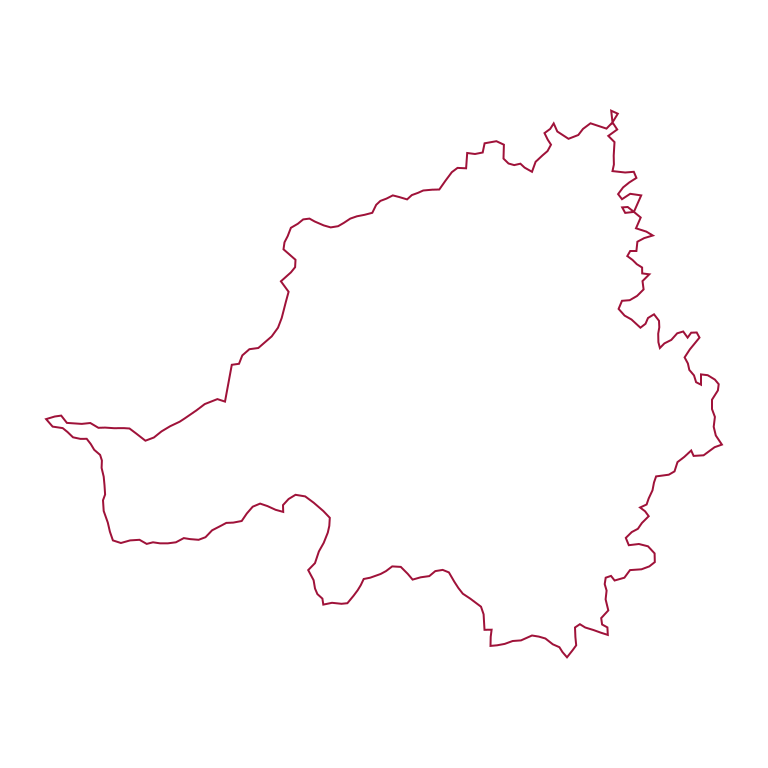 outline of Tatuí, São Paulo, Brazil
{"feature_id": "56859067B62823309489019", "entity_name": "Tatuí", "entity_type": "district", "adm_level": 2, "iso_a3": "BRA", "parent_name": "Brazil", "parent_adm1": "São Paulo", "projection": "mercator", "projection_center": [-47.867, -23.355], "detail": "fine", "context": "isolated", "style": "outline", "palette": "rose", "viewbox_px": 768, "rotation_deg": 0, "n_neighbors": 0, "source": "geoboundaries", "source_scale": "gbopen_adm2", "svg_char_len": 4086}
<svg xmlns="http://www.w3.org/2000/svg" viewBox="0 0 768 768"><path d="M633.9,211.9L641.2,195.4L630.2,193.8L622.0,199.2L618.1,194.1L623.1,187.4L629.2,182.5L636.4,177.9L633.8,171.8L625.2,172.5L612.5,171.1L613.9,164.5L613.7,155.7L614.5,142.1L608.3,135.9L617.2,129.5L612.5,122.4L606.5,128.6L597.7,125.7L590.5,123.3L583.0,128.9L578.3,135.0L568.5,138.8L557.3,131.5L553.7,123.4L550.2,128.9L544.5,133.1L547.7,139.6L551.0,144.7L547.5,151.1L542.6,155.3L535.6,161.8L532.0,171.8L524.6,167.6L520.4,163.7L514.2,165.1L508.5,163.5L503.5,158.6L503.9,144.7L496.4,141.2L484.6,143.3L482.7,152.5L475.0,154.0L467.2,153.0L466.1,168.3L457.5,167.9L451.8,172.2L445.4,180.8L439.3,189.5L432.1,189.7L423.2,190.5L418.1,192.8L411.8,195.1L407.1,199.4L399.1,197.0L392.8,195.4L386.5,198.6L380.4,200.9L376.2,204.8L372.3,212.8L364.6,214.8L356.9,216.3L350.3,218.6L343.8,222.9L338.1,226.2L330.7,227.4L323.7,225.4L314.7,221.5L309.5,218.6L303.2,219.4L297.8,223.8L290.9,227.8L287.7,236.1L284.5,242.3L283.5,249.3L295.5,259.8L295.1,267.2L290.9,272.4L280.9,281.3L284.8,286.6L288.6,291.8L285.9,301.7L283.8,309.9L281.7,318.0L278.0,327.7L271.7,336.4L258.3,348.0L249.4,349.2L242.3,355.4L239.0,363.8L231.8,364.8L225.0,401.6L217.4,399.1L204.7,404.1L196.8,410.1L189.7,415.0L184.6,418.5L179.7,421.7L170.2,426.2L161.5,431.4L153.9,437.5L145.4,440.7L136.3,433.6L129.5,428.5L123.6,428.1L114.1,428.2L105.2,427.6L98.4,427.8L90.3,423.0L81.7,423.9L66.9,422.9L61.2,415.6L54.8,416.5L46.1,419.1L52.6,426.6L62.7,428.1L67.5,432.0L73.0,437.3L80.5,438.9L86.7,438.8L90.8,444.1L94.2,449.8L100.1,454.9L101.9,460.5L101.6,467.9L103.7,476.7L104.5,485.2L105.1,494.5L103.0,500.3L103.7,511.0L107.8,522.6L109.9,531.7L112.9,540.4L120.9,543.0L130.1,540.4L139.5,539.8L146.7,543.9L153.0,542.3L159.8,543.3L168.1,543.3L175.9,542.3L183.8,538.1L190.0,539.1L198.6,539.8L205.5,537.2L212.1,530.3L219.5,526.5L226.3,522.9L233.3,522.6L241.7,521.0L246.8,513.5L252.7,506.7L260.1,503.6L267.5,506.1L275.6,509.8L283.2,511.9L283.0,505.1L288.6,499.0L295.5,494.8L305.2,496.4L313.8,502.8L323.3,511.0L329.8,517.8L329.3,525.9L327.8,532.6L323.7,542.9L318.9,551.4L315.0,563.1L308.2,570.1L313.6,580.2L315.0,588.5L317.4,594.1L322.4,598.6L323.3,604.6L332.0,602.8L341.5,603.8L347.4,603.2L353.6,595.7L357.7,590.2L360.8,585.1L363.7,579.0L370.2,577.7L380.6,574.0L386.0,571.1L392.2,566.4L400.8,566.9L407.7,573.8L412.6,579.6L420.7,577.3L429.3,576.1L435.3,571.1L442.7,569.9L448.9,572.4L454.3,581.7L458.3,587.9L462.8,593.7L470.2,598.6L481.0,606.7L483.6,614.3L484.0,621.3L484.5,629.8L491.6,629.7L490.7,636.8L490.5,645.9L497.1,645.3L504.7,643.9L512.7,641.0L521.0,640.4L532.0,635.5L538.8,636.6L545.4,638.5L552.8,644.3L559.4,647.2L562.5,652.1L567.0,657.3L572.7,650.1L576.2,645.3L575.4,637.1L575.0,627.5L579.9,624.2L585.2,627.5L593.4,630.0L600.9,632.7L607.8,634.9L607.4,627.4L602.1,624.5L601.2,618.1L608.3,610.4L605.6,599.3L606.6,590.6L604.7,584.1L605.7,577.7L611.0,575.9L614.6,580.5L624.4,577.7L630.0,570.1L641.5,569.3L649.3,566.4L654.8,562.1L654.6,553.4L648.0,546.3L638.9,544.0L628.8,545.2L625.8,537.9L631.7,532.1L637.9,528.8L641.9,523.0L648.7,516.2L645.1,511.3L640.1,507.5L646.6,504.5L648.7,498.4L652.5,490.3L654.0,482.5L656.1,476.4L668.8,474.7L674.5,471.4L677.5,462.1L684.3,456.9L691.2,450.5L693.6,455.9L703.6,455.3L710.1,450.5L714.6,447.2L721.9,444.6L715.8,435.5L713.7,426.8L714.9,416.9L712.0,409.1L712.0,399.7L717.9,390.4L718.7,384.2L714.9,379.6L707.7,375.2L701.0,374.4L701.0,384.7L696.1,382.2L694.0,375.4L689.3,369.9L687.9,363.5L684.6,357.4L689.9,349.3L699.5,337.6L696.7,332.5L691.2,332.7L687.6,337.6L683.2,331.5L677.2,333.3L671.3,339.9L664.4,343.4L659.9,348.0L658.4,342.2L658.2,333.7L659.3,327.3L659.0,320.8L654.0,314.3L648.0,318.0L645.5,323.8L640.4,327.7L631.5,319.5L624.6,315.6L618.6,308.9L622.0,300.8L629.7,300.2L637.1,295.9L643.6,289.4L642.5,281.1L649.3,274.3L642.2,273.4L642.1,267.5L636.8,264.2L632.6,260.0L627.3,256.1L630.2,251.0L636.4,251.0L637.4,241.7L644.2,238.1L652.8,235.5L646.3,231.6L636.0,228.3L640.7,217.5L633.9,211.9ZM633.9,211.9L625.2,212.9L622.2,207.4L627.7,207.0L633.9,211.9ZM612.5,122.4L617.8,113.7L611.2,110.7L612.5,122.4Z" fill="none" stroke="#9f1239" stroke-width="2"/></svg>